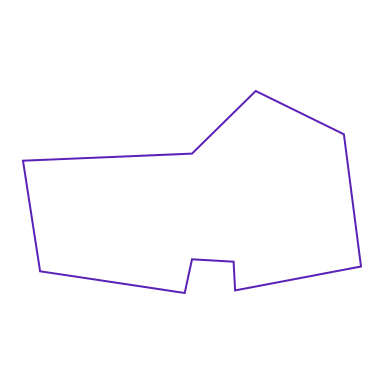 Bekabad city, Tashkent, Uzbekistan (Mercator projection)
{"feature_id": "79887680B94622992244208", "entity_name": "Bekabad city", "entity_type": "district", "adm_level": 2, "iso_a3": "UZB", "parent_name": "Uzbekistan", "parent_adm1": "Tashkent", "projection": "mercator", "projection_center": [69.254, 40.226], "detail": "fine", "context": "isolated", "style": "outline", "palette": "violet", "viewbox_px": 384, "rotation_deg": 0, "n_neighbors": 0, "source": "geoboundaries", "source_scale": "gbopen_adm2", "svg_char_len": 256}
<svg xmlns="http://www.w3.org/2000/svg" viewBox="0 0 384 384"><path d="M343.9,134.3L255.7,91.0L192.0,153.6L23.0,160.7L40.1,271.3L184.7,293.0L192.0,259.3L233.6,261.7L235.1,290.4L361.0,266.5L343.9,134.3Z" fill="none" stroke="#5b21b6" stroke-width="2"/></svg>